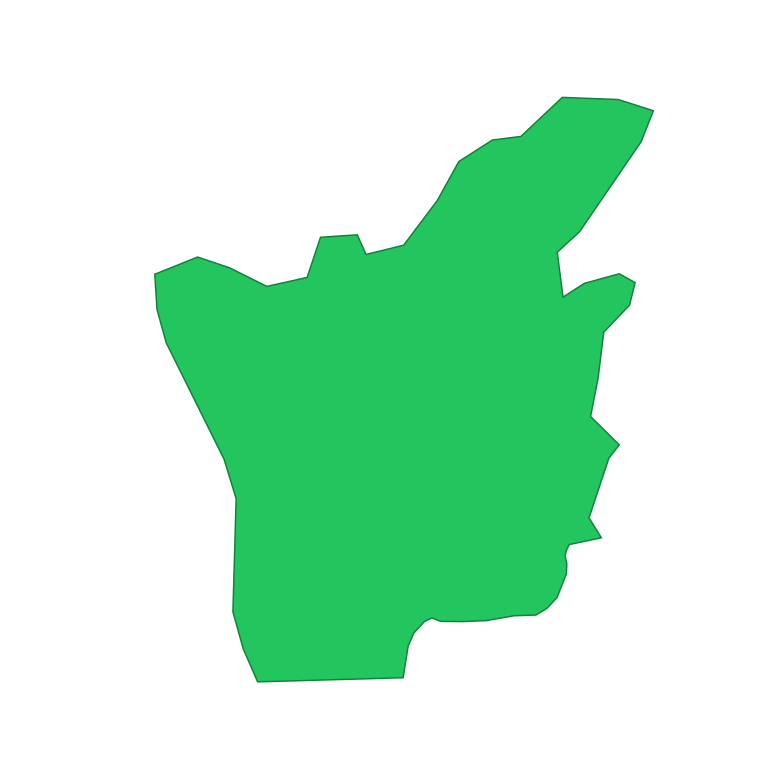 the Municipality of Mazsalacas, rotated 277°
{"feature_id": "LVA-5791", "entity_name": "Mazsalacas", "entity_type": "Municipality", "adm_level": 1, "iso_a3": "LVA", "parent_name": "Latvia", "parent_adm1": "", "projection": "equal_earth", "projection_center": [25.028, 57.932], "detail": "fine", "context": "isolated", "style": "filled", "palette": "green", "viewbox_px": 768, "rotation_deg": 277, "n_neighbors": 0, "source": "natural_earth", "source_scale": "10m", "svg_char_len": 864}
<svg xmlns="http://www.w3.org/2000/svg" viewBox="0 0 768 768"><g transform="rotate(277 384 384)"><path d="M377.9,176.3L398.4,162.8L430.4,149.6L465.0,143.1L487.3,183.5L480.4,216.9L466.6,255.8L480.4,294.7L521.9,303.1L528.8,339.3L510.4,350.4L524.2,386.6L572.6,414.5L614.0,431.2L639.4,461.9L646.4,489.7L690.2,526.0L694.9,581.8L688.0,618.1L655.8,609.7L558.9,559.5L535.9,539.9L492.1,551.1L508.3,570.6L522.1,604.1L515.2,620.9L492.2,618.1L462.2,595.8L416.1,595.8L376.9,593.0L352.3,624.9L337.6,616.2L276.1,603.8L257.9,618.5L247.2,587.4L241.2,585.4L235.8,584.6L228.2,587.3L218.0,588.2L193.2,581.8L181.2,573.1L173.2,563.0L169.8,541.3L161.6,514.3L157.8,491.1L155.3,469.4L157.6,459.9L153.0,452.9L140.5,444.0L126.7,439.9L94.8,438.8L73.4,297.9L73.1,294.8L103.9,276.6L139.4,261.8L252.2,251.2L289.7,234.5L377.9,176.3Z" fill="#22c55e" stroke="#15803d" stroke-width="1.5"/></g></svg>